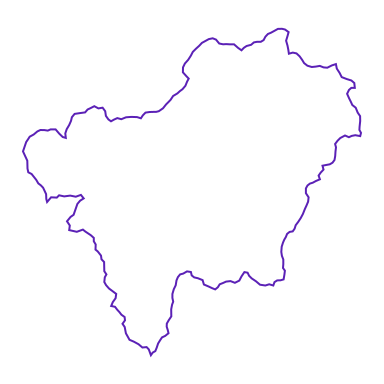 Monte Santo de Minas, Minas Gerais, Brazil
{"feature_id": "56859067B96658900686758", "entity_name": "Monte Santo de Minas", "entity_type": "district", "adm_level": 2, "iso_a3": "BRA", "parent_name": "Brazil", "parent_adm1": "Minas Gerais", "projection": "albers", "projection_center": [-46.948, -21.205], "detail": "fine", "context": "isolated", "style": "outline", "palette": "violet", "viewbox_px": 384, "rotation_deg": 0, "n_neighbors": 0, "source": "geoboundaries", "source_scale": "gbopen_adm2", "svg_char_len": 3592}
<svg xmlns="http://www.w3.org/2000/svg" viewBox="0 0 384 384"><path d="M265.3,285.5L269.2,284.3L273.3,285.5L274.5,282.1L277.2,280.4L280.5,280.3L283.6,279.4L284.4,274.7L284.9,270.7L283.0,268.0L283.3,264.2L283.3,259.5L281.9,255.8L281.3,251.9L281.7,246.7L283.0,242.6L284.3,239.6L285.8,237.1L287.1,233.9L289.6,231.9L292.7,231.4L294.6,228.7L295.7,225.2L298.2,221.9L300.7,218.1L302.9,214.0L304.8,209.2L306.5,205.5L308.1,201.7L308.6,197.3L305.9,193.2L305.9,188.4L307.5,185.5L309.9,183.6L312.8,182.7L315.9,181.0L319.9,179.3L318.6,175.6L320.7,172.6L323.5,169.6L322.5,165.7L326.6,164.9L329.8,164.3L332.5,162.7L334.5,160.0L335.2,156.0L335.5,151.4L336.0,147.3L335.1,144.0L337.6,140.7L340.3,138.0L345.0,135.5L348.9,137.2L351.7,135.9L355.3,135.2L360.2,136.1L361.0,132.9L359.4,129.9L359.6,126.6L360.2,121.0L360.1,116.1L357.7,112.6L355.7,107.7L352.3,105.0L350.9,101.9L349.1,98.3L347.1,93.8L349.0,89.9L351.3,87.9L354.8,87.9L354.3,83.0L351.4,80.5L346.6,79.0L341.7,77.1L339.6,72.9L336.8,68.6L335.9,64.1L331.9,65.4L327.3,67.7L323.6,67.4L319.8,65.9L315.7,66.6L311.8,67.0L307.4,65.7L304.1,63.1L302.1,59.8L299.6,56.3L296.5,53.4L292.8,52.6L288.9,53.7L288.3,49.7L287.5,45.6L286.1,40.7L287.5,36.1L288.6,32.1L285.0,29.5L282.0,28.8L277.9,28.9L274.3,30.9L271.0,32.7L267.9,34.0L265.4,36.7L263.6,40.1L260.8,41.8L257.0,41.8L253.9,42.4L251.1,44.8L246.6,46.0L243.9,47.8L241.5,50.3L238.1,47.9L234.0,44.3L229.4,44.3L226.2,44.1L223.1,44.3L219.2,43.5L216.0,39.6L212.7,38.3L208.8,39.1L205.0,41.2L201.9,42.9L199.2,45.8L196.1,48.6L192.8,51.9L190.9,55.6L188.2,59.8L184.9,63.5L183.0,67.4L182.9,72.3L186.3,76.1L188.7,78.6L187.1,81.6L185.4,85.8L182.5,89.2L179.8,91.2L177.4,93.4L173.1,96.0L170.6,99.8L168.4,102.1L166.1,104.4L163.0,108.3L158.8,111.2L156.0,111.9L153.1,111.9L149.7,112.0L145.5,112.6L142.8,115.4L140.9,118.3L137.1,117.1L131.3,116.9L126.0,117.3L121.3,119.2L117.3,118.1L114.0,119.6L111.0,121.3L108.4,119.4L105.9,115.9L105.2,111.2L102.6,107.7L98.4,108.4L94.3,106.2L90.6,108.1L87.6,109.5L85.1,112.4L79.9,113.1L74.6,113.9L71.9,117.2L71.0,120.9L69.2,125.0L66.7,129.2L65.3,133.4L65.8,137.9L62.7,137.0L59.2,133.6L55.6,129.4L50.6,129.4L47.8,130.6L44.5,130.1L40.4,130.0L37.4,131.4L33.7,134.5L29.7,136.7L27.9,139.5L26.2,142.0L24.7,146.4L23.0,151.4L27.3,160.7L27.5,168.6L28.3,172.3L31.6,174.0L36.2,179.8L38.3,183.4L40.8,185.3L43.1,187.7L46.1,194.1L46.3,199.0L47.1,202.0L51.1,197.3L56.8,197.6L59.1,195.3L64.2,196.4L70.2,195.6L75.8,196.7L80.9,194.9L83.7,198.4L80.1,200.7L77.4,203.9L73.6,214.8L70.6,216.9L67.0,221.3L69.8,225.5L69.2,230.1L76.8,231.8L82.9,229.6L85.4,231.6L90.8,235.2L93.8,237.9L93.8,241.3L95.7,244.5L95.5,249.6L97.7,251.4L101.0,255.6L101.5,259.3L104.1,262.0L104.3,271.2L106.4,274.4L104.8,277.3L104.3,282.0L106.1,285.2L109.0,288.5L116.2,293.9L115.6,298.2L112.8,302.1L111.2,306.0L115.0,306.8L117.2,309.7L119.5,312.2L121.4,314.7L124.6,317.0L125.0,320.3L122.5,323.8L124.7,327.0L125.9,333.3L127.9,336.9L129.5,339.8L133.7,341.6L138.5,344.2L142.4,347.5L146.6,347.1L148.8,349.4L150.9,355.2L152.7,352.6L155.3,351.1L156.7,347.7L158.1,343.5L160.2,340.1L162.0,337.4L165.2,335.9L168.5,333.2L167.7,329.8L166.7,326.7L166.8,323.6L168.8,320.1L171.3,316.4L171.2,309.3L172.1,304.6L173.2,301.7L172.4,297.9L172.4,294.0L173.8,289.2L175.7,285.3L176.5,280.4L177.9,277.1L180.1,274.4L183.2,273.6L187.0,271.4L190.9,272.0L191.7,275.4L194.2,277.4L197.8,278.2L202.6,280.1L203.9,284.5L208.6,286.5L212.2,288.2L215.2,289.4L217.8,287.3L219.7,284.3L223.0,283.0L226.1,281.6L230.5,281.1L234.9,282.8L239.3,280.6L241.5,276.4L244.4,272.1L247.6,272.7L249.1,275.8L251.7,278.4L256.0,281.3L260.0,284.7L265.3,285.5Z" fill="none" stroke="#5b21b6" stroke-width="2"/></svg>